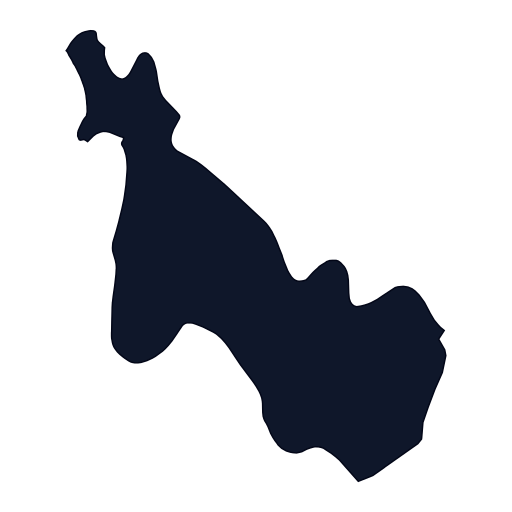 Tien Lang, Hải Phòng, Vietnam
{"feature_id": "81297802B70010606578992", "entity_name": "Tien Lang", "entity_type": "district", "adm_level": 2, "iso_a3": "VNM", "parent_name": "Vietnam", "parent_adm1": "Hải Phòng", "projection": "equal_earth", "projection_center": [106.556, 20.711], "detail": "fine", "context": "isolated", "style": "filled", "palette": "ink", "viewbox_px": 512, "rotation_deg": 0, "n_neighbors": 0, "source": "geoboundaries", "source_scale": "gbopen_adm2", "svg_char_len": 5064}
<svg xmlns="http://www.w3.org/2000/svg" viewBox="0 0 512 512"><path d="M104.6,47.7L103.2,46.2L100.4,43.8L98.4,41.9L97.2,40.2L96.8,38.8L96.4,36.0L96.2,33.8L95.8,32.4L94.8,31.4L93.3,30.9L91.7,30.8L90.7,30.7L88.6,31.0L85.0,31.8L82.1,32.8L79.7,34.2L77.3,35.8L74.6,38.6L72.2,41.4L70.7,43.4L67.5,48.8L66.2,50.7L67.0,51.4L67.6,52.4L68.0,53.2L68.3,53.7L68.5,54.2L68.9,55.2L69.4,56.0L69.9,56.8L70.4,57.6L71.0,58.6L71.4,59.2L71.7,59.8L72.2,60.7L72.4,61.2L72.8,61.9L73.2,63.0L73.5,63.5L73.9,64.1L74.4,64.7L74.9,65.5L75.3,66.1L76.1,67.8L76.6,68.6L77.0,69.5L77.4,70.4L78.3,72.2L78.6,72.9L79.0,73.6L79.5,74.5L80.4,76.5L80.8,77.5L81.2,78.5L81.6,79.8L82.1,80.9L82.7,82.8L83.6,85.1L83.9,86.2L84.2,87.0L84.6,88.2L84.8,89.4L85.1,90.6L85.3,91.4L86.1,95.4L86.2,96.7L86.3,97.7L86.4,98.6L86.5,99.6L86.7,101.0L86.7,101.9L86.8,103.5L87.0,105.4L87.1,106.5L87.1,107.2L87.1,108.1L87.2,110.4L87.2,110.8L87.2,111.6L87.2,112.1L86.8,114.0L86.6,114.9L86.5,115.6L86.4,116.1L86.4,116.4L85.9,116.7L84.3,118.6L83.1,120.5L82.9,120.9L82.8,121.0L81.8,123.0L81.4,123.9L79.9,127.0L78.3,130.7L77.8,132.7L77.7,136.0L78.2,137.2L78.9,139.0L79.3,139.7L79.7,139.9L80.0,140.0L80.4,140.1L81.0,140.1L81.5,139.9L82.1,139.8L82.8,139.7L83.6,139.5L84.2,139.6L84.7,139.8L85.3,140.1L85.8,140.4L87.6,141.6L93.3,135.9L96.3,133.7L100.5,132.0L103.0,131.4L106.2,131.5L109.7,132.2L114.6,134.2L119.9,136.4L123.6,137.5L123.4,139.4L122.9,140.9L122.0,142.1L121.7,143.1L121.7,144.0L121.9,144.9L122.4,145.7L123.4,147.3L124.2,149.0L125.4,153.0L126.0,154.9L126.3,156.6L126.6,158.4L126.9,161.2L127.1,164.9L127.2,166.7L127.2,169.0L127.0,172.5L126.0,185.1L124.5,195.9L123.9,199.7L123.8,200.2L121.8,209.5L119.2,220.2L119.0,221.2L116.3,231.1L113.8,239.5L113.3,241.2L112.9,242.7L112.7,244.8L112.6,246.3L112.5,248.0L112.6,249.5L112.7,250.8L113.1,252.5L115.4,260.4L115.7,261.9L116.1,263.8L116.3,265.9L116.4,268.6L116.3,269.0L116.0,274.5L114.8,285.2L113.2,296.6L112.6,301.8L112.5,302.2L112.2,307.2L112.1,311.8L111.9,320.7L111.7,331.4L111.6,332.9L111.6,336.1L111.7,338.4L112.1,340.4L112.5,342.7L113.0,344.5L113.7,346.3L114.3,347.5L115.5,349.3L117.4,351.8L118.4,352.8L119.8,354.2L122.8,356.7L124.8,358.2L128.7,360.8L131.0,362.0L132.3,362.3L132.5,362.4L134.8,362.8L137.9,362.8L141.0,362.4L144.3,361.4L146.9,360.6L152.3,358.1L155.4,356.3L158.4,354.1L162.4,351.2L165.1,348.7L168.2,345.4L170.5,342.6L171.9,340.9L173.6,338.4L176.5,334.2L177.8,332.2L182.4,325.4L183.0,324.9L183.9,324.2L184.8,323.6L185.9,323.1L187.5,322.8L191.6,322.9L192.8,323.1L196.1,324.2L203.0,326.9L213.4,332.1L216.5,334.0L221.5,338.4L225.5,342.9L229.3,347.9L229.4,348.1L234.1,355.2L234.6,356.0L240.5,364.8L251.5,379.5L253.7,382.5L256.3,386.4L259.1,391.2L260.5,394.2L261.8,397.9L262.4,401.2L262.6,403.5L262.7,408.6L262.8,412.4L263.2,416.3L264.0,418.9L264.8,420.8L266.3,423.2L268.0,426.5L270.7,433.3L273.0,437.5L275.0,440.6L277.0,443.2L278.1,444.9L281.4,448.0L281.9,448.4L286.3,450.9L290.2,452.1L292.9,452.6L296.5,452.9L299.3,452.3L301.8,451.7L306.6,449.2L309.9,448.0L313.0,447.1L314.9,446.7L318.3,446.8L321.0,447.3L323.6,448.2L326.4,450.1L331.1,453.1L335.2,456.3L339.4,459.9L358.3,481.3L372.8,475.5L383.9,467.7L385.0,466.8L417.8,443.7L421.5,439.1L421.7,437.3L422.9,422.4L428.2,407.0L435.0,389.0L442.3,372.5L445.8,355.6L444.7,349.8L438.6,339.1L444.2,330.5L440.4,327.4L438.0,324.8L434.2,320.2L430.0,313.1L429.2,311.5L424.4,302.4L421.5,298.4L418.9,294.9L415.0,291.0L412.0,288.8L408.0,287.1L403.3,286.4L398.7,286.8L397.8,286.9L395.2,287.6L382.6,295.9L377.3,299.5L371.3,302.7L368.5,303.9L364.8,305.1L361.3,306.0L358.9,306.4L356.8,306.7L356.0,306.6L353.8,305.8L351.9,304.2L350.4,302.0L349.2,298.5L348.8,294.1L348.7,293.1L348.3,280.3L347.7,275.4L346.7,271.7L345.3,268.5L344.0,266.5L340.6,262.8L338.3,261.1L336.1,260.4L332.6,260.4L329.5,260.6L328.5,261.0L326.7,261.6L325.3,262.7L321.2,265.2L319.3,266.5L317.6,268.3L315.3,270.3L313.4,272.1L313.0,272.5L310.8,274.9L307.9,278.2L306.0,280.0L303.3,280.8L301.3,281.1L299.0,281.3L297.1,281.0L295.2,280.2L293.5,279.1L291.4,276.9L289.7,274.2L289.2,273.5L287.5,270.4L286.6,268.1L284.8,263.7L284.0,261.7L282.5,257.2L282.0,255.3L280.2,250.8L279.2,248.4L277.5,243.9L276.7,241.9L274.9,237.8L273.8,235.7L271.9,231.7L270.9,230.1L270.2,229.1L269.8,228.4L268.1,226.0L266.1,223.5L264.1,221.4L241.8,200.6L230.0,189.6L224.7,184.7L207.2,169.8L206.2,168.9L201.3,165.0L196.2,161.4L177.1,151.1L175.1,149.3L173.9,147.9L172.3,145.6L171.5,143.5L171.1,141.9L170.9,140.1L171.0,137.9L171.2,136.1L171.7,134.1L173.4,129.3L178.1,120.7L179.2,118.7L179.7,117.2L179.6,116.0L179.1,115.0L176.3,111.7L165.6,100.6L164.4,99.1L162.5,96.7L160.9,93.6L160.2,91.8L159.2,88.1L157.7,81.1L156.3,71.7L155.8,69.4L154.9,66.1L154.3,64.0L153.8,62.1L152.4,59.4L151.3,57.4L149.8,55.7L147.9,53.7L146.2,53.0L144.8,52.9L142.8,53.2L141.2,54.1L139.6,55.4L137.8,58.0L136.7,60.3L130.6,72.1L129.0,74.6L127.8,75.9L126.7,77.0L125.6,77.9L124.7,78.3L124.4,78.5L122.8,79.1L121.5,79.1L119.3,78.5L117.5,77.6L116.4,76.9L115.1,75.7L113.7,74.4L112.3,72.9L111.2,71.4L110.0,69.4L108.5,66.8L107.3,64.5L106.2,61.5L105.0,58.2L104.2,54.7L104.3,50.2L104.6,47.7Z" fill="#0f172a" stroke="#020617" stroke-width="1.5"/></svg>